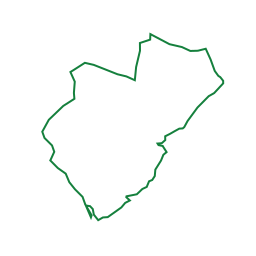 outline of Jungsan, P'yŏngan-namdo, North Korea, rotated 193°
{"feature_id": "82179303B67987786077582", "entity_name": "Jungsan", "entity_type": "district", "adm_level": 2, "iso_a3": "PRK", "parent_name": "North Korea", "parent_adm1": "P'yŏngan-namdo", "projection": "natural_earth1", "projection_center": [125.351, 39.096], "detail": "fine", "context": "isolated", "style": "outline", "palette": "green", "viewbox_px": 256, "rotation_deg": 193, "n_neighbors": 0, "source": "geoboundaries", "source_scale": "gbopen_adm2", "svg_char_len": 1083}
<svg xmlns="http://www.w3.org/2000/svg" viewBox="0 0 256 256"><g transform="rotate(193 128 128)"><path d="M144.0,32.6L143.8,34.7L151.6,43.0L147.4,43.3L144.1,41.1L141.8,35.9L136.3,31.5L132.3,35.2L127.7,36.6L116.6,49.1L113.9,54.4L109.9,57.8L114.1,60.2L114.1,61.1L104.5,65.4L100.3,71.8L96.5,74.8L95.5,80.8L92.7,82.8L91.1,87.2L92.0,93.6L88.5,103.7L87.5,109.9L85.0,113.2L89.7,117.8L90.1,118.3L94.4,118.2L95.7,119.5L91.7,120.8L89.0,124.6L89.9,128.3L85.8,131.7L81.6,135.6L77.9,138.9L74.6,139.9L73.4,141.5L71.5,148.3L64.9,163.6L56.5,177.2L51.9,181.4L45.3,192.9L45.9,195.4L49.5,198.3L51.7,199.1L56.3,203.1L62.9,213.3L70.1,222.7L77.3,219.0L84.6,217.1L93.7,219.0L106.4,219.0L127.3,224.5L126.3,219.1L135.5,213.5L133.7,206.0L133.8,189.2L132.1,176.1L141.2,177.9L150.3,178.0L162.9,179.9L175.6,181.8L184.7,181.8L193.8,172.5L196.7,169.6L190.3,161.2L188.6,150.0L186.8,144.4L196.0,135.0L207.0,118.2L210.7,105.1L207.1,99.5L198.1,93.9L194.5,88.2L196.1,80.3L196.4,78.9L187.4,73.2L178.4,69.5L173.0,62.0L165.8,56.3L156.8,50.7L153.2,45.1L144.0,32.6Z" fill="none" stroke="#15803d" stroke-width="2"/></g></svg>